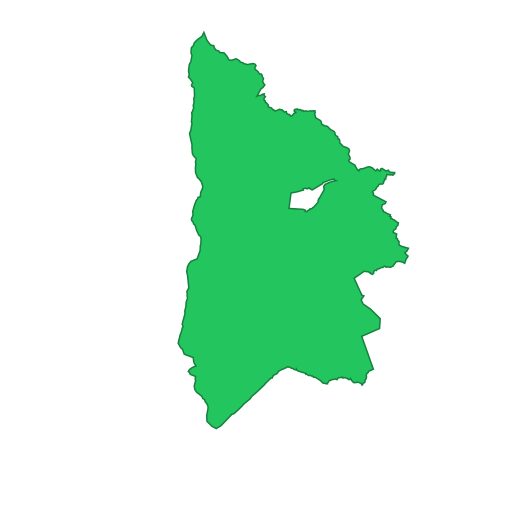 the district of Hwange, Matabeleland North, Zimbabwe, rotated 29°
{"feature_id": "62879985B77670672881921", "entity_name": "Hwange", "entity_type": "district", "adm_level": 2, "iso_a3": "ZWE", "parent_name": "Zimbabwe", "parent_adm1": "Matabeleland North", "projection": "robinson", "projection_center": [26.512, -18.839], "detail": "fine", "context": "isolated", "style": "filled", "palette": "green", "viewbox_px": 512, "rotation_deg": 29, "n_neighbors": 0, "source": "geoboundaries", "source_scale": "gbopen_adm2", "svg_char_len": 6119}
<svg xmlns="http://www.w3.org/2000/svg" viewBox="0 0 512 512"><g transform="rotate(29 256 256)"><path d="M336.8,115.8L332.8,117.7L331.8,117.7L330.1,116.8L329.0,118.2L328.0,118.6L323.7,118.3L322.8,119.5L323.6,121.1L323.5,121.4L322.8,121.7L319.9,121.3L319.7,123.1L319.2,123.5L315.0,122.5L311.9,122.9L309.8,124.7L307.9,127.1L305.3,129.1L304.4,130.4L304.8,131.5L304.2,131.8L301.7,130.8L298.5,128.6L292.5,128.4L290.9,127.7L290.7,127.1L291.3,125.8L291.2,125.3L289.8,123.7L287.5,122.4L286.8,118.6L285.5,117.4L282.7,117.2L278.7,117.9L277.0,117.1L274.9,116.7L272.8,114.0L272.0,113.5L271.0,113.8L269.5,112.0L268.2,112.1L266.5,111.6L265.0,109.7L263.7,109.2L259.9,109.3L255.6,108.0L252.9,108.8L251.1,108.8L250.0,109.2L247.7,106.8L246.7,106.3L241.3,106.2L238.2,103.1L238.3,101.8L237.1,100.4L232.9,103.0L231.0,104.5L229.0,105.0L227.8,106.3L226.4,105.9L225.5,106.9L224.1,106.3L221.5,107.7L220.7,107.4L219.5,108.7L219.0,108.8L218.7,109.3L219.1,110.7L219.7,111.0L221.1,110.8L221.4,111.2L219.9,113.1L220.0,114.2L219.4,115.3L219.4,116.2L218.7,116.9L216.8,116.0L216.0,116.5L213.6,116.3L212.5,115.0L211.0,116.3L208.0,115.5L206.9,116.0L205.5,116.2L202.9,119.5L201.9,120.1L200.5,119.5L199.8,119.9L197.8,119.0L194.5,119.7L193.6,118.0L190.8,117.0L189.8,117.2L188.9,115.9L187.2,115.6L186.6,114.0L187.0,112.1L185.0,111.6L184.6,110.2L183.2,111.4L182.2,113.3L179.9,114.8L179.4,115.6L179.3,107.7L180.4,105.1L180.8,102.1L178.7,101.2L177.0,99.8L176.6,97.2L174.6,96.1L173.3,94.6L172.2,94.3L170.7,95.1L168.5,93.8L164.4,93.0L163.7,91.5L163.8,89.6L162.7,88.9L161.5,88.7L159.6,89.4L155.9,92.6L152.4,93.6L150.8,93.3L148.4,94.0L146.9,93.2L143.0,93.1L139.8,96.6L137.6,97.5L135.5,96.8L135.4,96.3L132.9,95.0L129.5,93.8L126.0,95.6L124.3,94.8L120.9,95.3L118.7,94.1L117.0,92.5L114.1,93.5L108.7,91.2L102.0,85.7L102.3,90.0L100.0,94.8L98.7,99.2L99.2,103.1L98.5,104.7L98.6,105.5L100.6,109.7L101.6,110.8L102.4,111.2L102.9,112.0L104.8,117.7L104.8,120.7L107.1,126.6L109.7,129.9L110.2,132.3L112.1,132.8L116.2,134.8L116.7,135.6L116.6,137.5L117.1,138.3L117.9,138.8L119.9,138.8L120.8,139.4L124.2,145.1L125.0,146.7L125.1,148.1L127.8,152.6L127.9,154.2L128.3,155.1L129.5,156.3L130.4,160.4L130.2,161.7L132.1,164.5L134.6,170.2L135.7,171.0L138.2,178.2L138.2,179.9L138.7,181.4L146.3,190.0L147.3,192.1L150.5,197.0L152.6,198.6L155.8,199.6L156.7,200.2L157.4,203.0L159.1,205.2L160.3,208.4L162.7,212.3L166.7,215.7L168.7,216.1L172.4,217.7L175.7,221.0L176.4,222.8L176.8,227.1L177.9,229.9L178.7,230.9L176.9,232.8L177.2,234.5L176.8,236.4L177.6,241.7L179.1,247.9L180.9,250.3L181.4,252.9L181.3,254.0L181.8,255.4L183.4,256.6L184.7,256.9L185.9,258.3L187.1,258.4L188.6,259.3L191.4,262.2L195.8,265.4L197.8,265.8L198.5,266.3L199.4,267.3L201.9,272.1L202.3,274.0L204.5,278.4L205.9,287.1L201.8,292.0L201.1,295.2L201.2,298.3L201.6,299.5L202.9,303.2L205.7,306.4L212.3,315.9L212.7,316.8L212.7,320.5L214.4,322.8L215.1,324.4L216.5,325.9L217.3,330.3L219.3,334.4L220.3,338.4L221.9,341.0L224.4,351.3L226.5,353.0L226.4,354.7L227.3,357.7L228.2,363.3L228.8,364.3L229.1,366.5L230.3,370.1L234.2,372.5L235.6,373.1L236.8,373.1L240.9,376.7L250.4,375.3L252.4,378.2L253.8,379.6L256.8,381.4L254.4,384.3L252.9,387.5L252.8,389.9L254.2,390.1L255.9,391.4L261.6,390.6L262.3,392.9L263.6,394.3L265.0,399.7L267.3,402.5L270.3,404.0L275.8,404.8L277.0,405.2L278.5,406.5L280.6,406.5L282.1,408.0L284.9,409.2L287.1,411.0L288.1,413.0L290.2,419.3L293.3,424.4L300.0,426.3L304.9,426.2L307.7,421.3L311.4,407.2L311.2,406.7L313.3,404.4L316.1,395.7L317.2,391.2L320.1,383.7L320.4,380.6L322.5,375.1L326.0,363.9L325.9,363.3L328.2,355.7L329.4,354.8L328.9,352.8L329.4,352.2L329.4,351.3L331.0,349.4L331.6,347.6L331.5,346.4L332.6,344.2L336.7,338.8L337.4,337.5L338.2,337.5L338.8,336.9L341.8,337.0L342.5,336.4L344.2,336.8L346.5,336.2L346.2,335.4L347.4,336.1L348.7,336.2L356.0,334.6L356.7,335.2L357.0,334.6L357.9,334.9L359.9,335.0L361.8,334.0L362.8,334.1L363.3,333.7L365.3,334.1L366.4,333.3L372.8,333.7L376.3,334.7L377.3,334.1L379.3,333.8L380.5,333.1L380.1,332.4L380.4,331.2L380.4,329.8L381.8,328.2L381.7,327.9L385.2,325.0L386.8,324.9L386.9,322.9L389.8,320.4L390.6,320.1L390.7,320.7L391.1,320.6L393.1,319.1L395.6,318.9L396.7,319.2L397.8,318.7L398.0,317.3L400.3,318.7L402.5,319.3L403.6,319.1L406.5,316.9L409.5,316.5L411.4,317.5L411.6,317.1L411.4,315.1L412.3,314.2L412.3,313.1L411.6,311.8L411.8,309.9L411.0,307.6L410.1,306.7L409.9,305.8L410.6,303.5L410.3,302.7L410.5,302.1L413.5,298.1L387.4,275.0L399.2,259.5L395.0,250.6L381.8,246.9L373.1,246.1L369.2,243.4L369.7,238.6L367.5,238.9L352.6,227.9L358.0,217.0L362.1,215.3L363.6,215.6L364.2,215.1L364.8,215.7L366.7,215.7L367.3,214.1L366.6,212.5L366.7,211.3L367.4,210.7L368.4,210.3L368.4,208.7L369.8,207.6L371.0,205.5L372.5,204.5L373.1,202.9L373.8,202.4L374.8,202.8L377.5,201.2L379.0,200.8L380.8,198.3L381.3,193.2L383.2,191.6L386.7,190.3L389.6,190.3L388.8,186.3L389.1,182.8L389.0,182.3L386.6,181.9L384.6,180.8L385.6,178.7L385.6,175.3L383.0,176.0L382.3,176.5L381.6,176.1L380.3,176.7L376.1,177.1L375.2,176.2L374.2,174.1L371.6,173.0L371.1,172.2L369.6,172.3L368.4,168.5L366.1,168.7L365.8,169.0L364.3,168.7L364.0,168.2L364.2,166.1L365.1,164.6L364.6,162.5L365.2,160.1L364.4,157.9L363.2,158.1L359.4,157.4L358.0,157.7L356.5,157.4L355.6,157.8L355.0,156.2L353.7,156.5L353.5,154.8L350.3,155.3L347.6,155.1L345.9,155.5L345.3,154.5L342.6,153.3L341.6,150.1L343.6,147.4L343.5,145.6L329.1,145.9L328.4,144.2L326.8,143.6L326.8,142.7L328.1,140.4L328.4,139.2L328.3,137.0L328.9,135.8L328.8,134.1L329.3,133.2L331.7,131.8L332.0,131.2L332.1,130.0L331.6,129.1L331.8,127.3L331.2,126.4L332.2,125.6L331.5,124.9L331.5,122.9L330.9,121.3L334.4,119.9L335.2,119.2L336.5,119.0L337.3,116.8L336.8,115.8ZM279.2,160.4L279.0,159.4L284.7,152.7L287.0,150.9L288.3,151.5L289.4,151.4L286.3,154.0L281.7,159.8L281.5,162.4L283.5,164.9L283.4,175.1L283.0,175.8L283.5,176.8L283.5,177.7L284.2,178.7L282.8,185.4L282.0,186.4L282.1,187.1L281.7,187.8L280.4,188.5L280.1,190.1L279.1,191.3L279.1,192.2L278.1,193.0L277.4,193.1L276.8,192.0L274.7,192.3L261.8,198.4L256.1,183.9L260.6,180.2L265.4,175.4L264.5,174.7L266.2,172.9L268.3,172.4L268.7,172.0L268.9,170.9L269.8,170.5L270.2,171.0L273.1,171.0L279.2,160.4Z" fill="#22c55e" stroke="#15803d" stroke-width="1.5"/></g></svg>